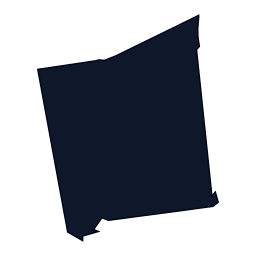 Pendleton, Kentucky, United States of America (Robinson projection)
{"feature_id": "52423323B89577373709279", "entity_name": "Pendleton", "entity_type": "district", "adm_level": 2, "iso_a3": "USA", "parent_name": "United States of America", "parent_adm1": "Kentucky", "projection": "robinson", "projection_center": [-84.341, 38.702], "detail": "fine", "context": "isolated", "style": "filled", "palette": "ink", "viewbox_px": 256, "rotation_deg": 0, "n_neighbors": 0, "source": "geoboundaries", "source_scale": "gbopen_adm2", "svg_char_len": 398}
<svg xmlns="http://www.w3.org/2000/svg" viewBox="0 0 256 256"><path d="M37.8,69.4L67.7,232.0L82.6,240.6L82.7,236.0L98.3,231.5L93.6,229.5L101.9,217.7L108.4,220.3L213.0,206.3L218.2,202.2L215.3,192.1L211.9,196.2L196.5,49.6L199.4,46.3L199.0,44.3L197.9,36.4L197.7,29.2L198.7,16.7L198.6,15.4L115.4,56.1L104.3,60.4L98.9,59.9L95.8,60.8L37.8,69.4Z" fill="#0f172a" stroke="#020617" stroke-width="1.5"/></svg>